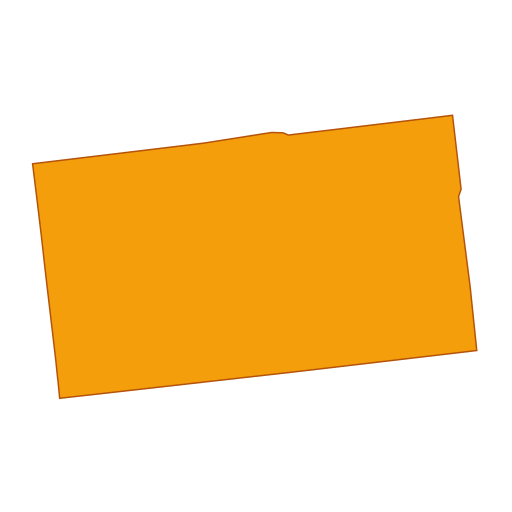 Graves, Kentucky, United States of America, rotated 83°
{"feature_id": "52423323B8927734588522", "entity_name": "Graves", "entity_type": "district", "adm_level": 2, "iso_a3": "USA", "parent_name": "United States of America", "parent_adm1": "Kentucky", "projection": "equal_earth", "projection_center": [-88.656, 36.724], "detail": "fine", "context": "isolated", "style": "filled", "palette": "amber", "viewbox_px": 512, "rotation_deg": 83, "n_neighbors": 0, "source": "geoboundaries", "source_scale": "gbopen_adm2", "svg_char_len": 440}
<svg xmlns="http://www.w3.org/2000/svg" viewBox="0 0 512 512"><g transform="rotate(83 256 256)"><path d="M140.3,43.8L139.9,209.1L137.1,214.0L135.3,225.4L137.6,294.9L137.2,466.5L149.6,466.5L187.1,466.5L210.4,466.6L249.4,467.0L309.8,467.3L333.0,467.4L353.7,467.8L353.8,467.8L356.7,467.7L356.9,467.8L373.3,468.2L375.7,230.7L376.7,48.4L312.5,47.2L221.6,47.7L214.7,44.3L140.3,43.8Z" fill="#f59e0b" stroke="#b45309" stroke-width="1.5"/></g></svg>